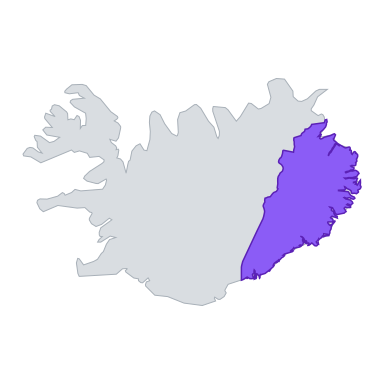 Austurland highlighted on a map of Iceland
{"feature_id": "ISL-695", "entity_name": "Austurland", "entity_type": "Region", "adm_level": 1, "iso_a3": "ISL", "parent_name": "Iceland", "parent_adm1": "", "projection": "mercator", "projection_center": [-15.126, 64.88], "detail": "fine", "context": "in_parent", "style": "filled", "palette": "violet", "viewbox_px": 384, "rotation_deg": 0, "n_neighbors": 0, "source": "natural_earth", "source_scale": "10m", "svg_char_len": 9650}
<svg xmlns="http://www.w3.org/2000/svg" viewBox="0 0 384 384"><path d="M298.1,101.1L301.7,101.4L307.4,98.8L315.8,91.0L319.3,89.4L327.3,89.4L317.6,96.8L313.9,105.0L311.2,108.9L311.3,110.7L318.1,115.6L321.4,114.0L322.8,114.6L324.2,116.9L325.0,121.5L324.5,126.3L322.5,131.0L319.8,135.0L320.2,136.2L322.3,136.9L333.6,134.5L334.8,140.3L335.9,142.2L335.5,144.2L331.1,150.4L336.3,146.5L340.5,145.4L347.6,147.3L350.6,149.6L352.3,153.5L355.8,152.3L357.4,154.5L357.5,156.9L355.9,163.5L351.7,166.7L354.2,171.4L356.3,171.5L356.7,172.6L356.5,175.4L353.2,178.7L358.6,182.3L359.2,183.6L358.9,187.8L358.0,190.1L356.4,191.5L352.5,191.7L350.1,193.3L351.0,195.8L350.2,202.8L347.1,208.4L344.3,211.5L341.5,213.4L333.8,211.2L334.1,216.1L331.3,219.1L331.8,221.6L332.8,222.9L332.3,226.1L328.8,232.7L326.3,234.8L321.3,237.4L314.2,243.4L307.0,243.3L289.2,251.8L282.2,256.5L269.6,270.2L264.3,273.7L255.3,275.4L228.1,284.3L225.1,289.7L224.9,290.8L226.2,292.9L224.1,296.6L220.0,299.4L218.1,299.3L214.7,297.1L214.3,298.1L215.6,301.0L202.3,305.5L184.0,303.1L167.7,296.6L154.8,295.2L145.7,286.1L145.4,284.7L146.4,281.9L149.7,280.7L148.1,277.9L142.6,282.8L140.8,282.6L138.5,280.7L138.4,278.8L133.8,278.0L125.9,272.1L125.3,270.8L127.2,268.9L126.8,268.5L122.5,268.8L116.3,274.2L79.2,276.4L77.9,273.5L76.4,262.9L77.7,258.4L79.2,258.8L83.6,264.9L93.5,261.5L97.5,259.3L101.3,253.5L103.4,251.6L106.4,244.2L109.5,239.6L115.8,237.5L110.2,236.1L100.8,242.1L97.6,242.1L99.1,239.5L102.3,236.6L100.1,236.4L99.3,235.0L99.2,232.3L100.8,227.8L111.9,219.8L109.3,218.2L101.6,224.4L96.0,226.5L91.5,223.7L89.3,219.9L89.4,218.3L92.1,213.5L91.7,212.5L89.8,212.1L84.9,207.6L77.1,208.1L57.8,205.5L43.3,211.7L39.8,208.8L36.9,202.7L37.5,200.3L40.0,198.9L47.1,199.1L57.6,196.2L62.4,192.6L64.2,193.5L65.1,195.2L71.6,192.5L75.0,189.4L80.8,190.9L102.6,189.2L105.4,185.0L106.6,180.0L106.1,179.0L98.1,183.6L96.2,183.5L87.0,181.1L83.6,178.4L84.7,176.1L89.6,171.4L102.1,163.4L103.9,161.8L104.1,159.9L99.1,156.4L89.7,157.4L87.3,153.3L79.5,150.9L74.3,152.4L71.5,150.0L40.8,162.8L30.8,156.9L23.7,155.9L23.0,154.1L27.2,148.4L30.0,147.4L32.9,147.9L38.3,151.9L42.1,153.1L37.4,147.3L37.1,141.7L35.7,140.3L34.2,136.6L34.8,135.3L40.5,136.1L49.5,142.6L54.0,141.4L59.7,137.3L46.8,135.0L42.8,129.9L45.7,127.2L52.3,127.5L44.9,118.7L44.5,117.1L45.8,113.2L55.1,116.6L50.2,111.4L50.1,110.2L51.5,109.2L52.2,106.0L54.5,104.7L59.2,105.8L66.6,111.9L67.6,113.6L67.9,119.8L70.8,118.9L74.2,119.7L77.0,115.5L79.0,116.5L80.5,120.3L80.3,128.5L82.3,125.6L85.7,125.4L86.2,118.6L85.6,113.2L74.4,106.9L70.1,102.3L70.6,100.7L72.7,99.3L84.4,98.2L79.4,95.5L78.1,92.7L69.3,93.8L64.9,92.7L64.8,91.2L66.6,89.1L71.9,84.8L82.1,84.4L86.2,85.6L94.0,95.1L100.3,98.9L110.8,111.7L117.5,116.5L117.9,117.8L116.8,119.2L114.2,120.9L118.1,123.1L120.6,126.4L120.7,127.8L118.5,137.9L116.0,141.2L109.8,139.3L111.3,142.5L115.7,145.9L116.7,147.8L116.1,149.7L118.2,149.1L118.8,150.1L117.9,155.8L116.8,157.9L120.5,159.0L123.0,161.9L126.1,173.2L127.8,164.5L128.6,161.3L130.1,160.1L131.9,151.1L136.1,145.8L140.0,143.8L144.0,150.1L146.9,150.7L149.9,139.6L150.3,131.5L149.4,122.4L149.9,116.0L151.9,112.1L154.5,110.9L160.1,114.7L164.7,123.8L171.7,133.5L176.6,136.0L177.4,135.6L178.3,132.5L177.6,119.6L179.9,112.7L185.7,111.0L194.4,104.7L196.4,104.5L200.7,108.2L208.5,121.2L213.9,127.2L216.8,136.7L218.1,138.5L219.3,135.5L219.4,131.3L212.8,111.4L212.7,108.7L213.3,106.5L225.3,107.6L228.0,109.8L236.3,121.2L240.4,116.5L248.6,103.1L251.3,103.5L258.3,109.0L261.0,108.5L269.1,103.6L270.9,97.3L267.4,84.3L268.9,81.7L276.4,78.5L284.5,79.1L292.9,91.1L293.2,96.7L298.1,101.1Z" fill="#d9dde1" stroke="#a8b0b8" stroke-width="1"/><path d="M326.7,119.5L327.0,121.2L327.1,122.0L326.4,123.1L326.4,124.6L325.6,126.9L323.3,129.7L321.0,131.5L320.3,132.4L320.4,133.7L319.8,134.7L318.2,136.5L319.1,136.4L319.9,135.7L321.4,133.9L320.9,135.4L320.0,137.1L319.7,138.4L320.7,139.0L321.9,138.7L324.3,137.2L330.9,135.4L333.3,134.1L334.5,133.8L335.5,134.9L334.2,138.0L333.4,138.8L333.5,139.4L334.0,140.5L336.6,142.4L337.2,143.1L335.5,143.6L334.6,144.3L333.9,146.3L332.3,148.2L331.7,149.8L329.3,152.6L328.5,154.6L328.3,155.9L328.7,155.3L329.4,153.7L331.1,152.1L332.0,150.4L335.8,144.6L336.5,144.1L337.3,144.3L339.7,146.2L338.4,144.5L338.0,143.7L344.8,147.7L345.7,147.9L349.0,147.0L349.6,147.1L350.0,147.5L350.2,148.4L350.2,149.1L350.1,149.6L349.7,149.8L349.7,150.2L350.6,150.2L351.1,150.4L351.3,150.8L351.4,151.3L351.2,152.9L351.6,153.8L352.2,154.4L353.6,152.2L354.4,151.6L355.3,151.9L355.5,152.2L355.6,153.3L356.4,153.3L357.7,154.9L357.7,156.5L357.3,157.6L356.4,159.0L356.8,160.8L356.8,161.4L355.6,162.5L355.9,163.0L355.8,165.0L354.7,165.8L351.9,165.4L350.7,166.0L351.5,166.7L353.9,167.6L354.0,168.8L353.3,169.6L352.3,170.0L350.8,170.0L348.8,171.1L346.2,171.6L345.4,172.1L345.9,172.8L350.8,170.9L352.3,171.1L355.3,170.3L356.2,170.6L357.7,171.6L358.5,172.5L359.0,173.6L358.2,174.2L357.0,176.2L356.3,176.6L352.4,177.6L348.3,177.6L346.5,178.1L344.6,178.1L345.5,178.9L349.1,178.1L353.9,178.7L356.0,178.1L357.2,178.1L357.5,178.4L357.3,178.9L356.8,179.7L356.8,180.8L356.6,181.1L355.5,181.7L353.5,182.2L353.5,182.7L355.8,182.2L356.4,182.7L356.4,183.2L355.8,183.4L355.3,184.2L356.6,184.4L357.2,185.2L357.5,184.9L358.0,183.9L358.2,183.7L359.2,181.7L360.4,180.2L360.5,182.8L360.2,185.7L360.8,186.1L361.0,186.8L360.8,187.7L360.2,188.7L359.6,189.3L358.3,189.7L357.7,190.2L358.5,191.9L358.4,192.2L356.5,193.7L354.3,193.2L352.4,193.5L351.7,193.2L350.9,190.6L348.9,189.3L347.3,188.8L345.5,187.1L344.6,186.7L344.8,187.5L345.1,188.1L345.8,188.7L344.7,189.9L338.5,190.2L338.5,190.7L348.2,191.7L348.9,192.5L349.7,194.3L351.2,195.7L354.3,197.1L354.9,198.2L353.7,199.2L352.2,199.0L349.5,197.6L346.4,198.2L344.5,197.4L344.0,197.6L345.8,199.0L350.2,200.0L352.2,201.7L352.7,202.7L352.8,203.4L352.0,203.9L351.2,204.9L350.8,205.1L347.6,203.9L346.7,204.7L350.0,206.0L350.6,206.6L350.6,207.4L349.7,207.6L346.2,207.5L345.2,207.1L344.8,207.7L344.2,208.1L344.2,208.6L345.1,209.8L346.1,211.6L345.6,211.8L344.2,213.1L337.3,214.5L336.2,214.2L335.2,213.3L334.3,210.5L333.5,209.7L332.7,208.0L332.2,207.6L329.8,207.1L330.1,207.5L331.2,207.6L331.6,208.0L331.6,208.7L331.3,210.1L331.8,210.7L333.3,211.5L333.8,211.6L333.8,213.0L334.2,214.1L335.2,215.5L336.8,216.1L337.3,216.7L337.0,217.5L337.2,218.0L332.0,216.2L330.5,217.5L331.0,218.1L332.2,218.7L332.8,219.4L333.1,220.3L333.0,220.9L332.7,221.5L332.1,221.9L328.0,221.9L327.7,222.4L328.0,223.3L328.6,224.1L329.0,224.1L329.3,224.9L329.9,225.3L330.5,225.4L330.7,224.8L331.9,224.5L333.8,221.6L334.8,220.9L335.0,221.3L334.5,222.1L331.7,225.5L331.3,226.4L331.0,229.1L330.0,230.9L329.8,231.5L329.9,233.0L329.5,233.5L329.3,234.3L328.9,235.6L325.7,236.0L322.7,237.1L324.0,236.1L328.1,234.7L327.4,234.2L323.7,233.7L323.7,235.0L322.7,236.0L322.3,236.2L321.6,237.6L319.5,239.0L318.2,240.6L317.8,241.5L318.2,240.0L318.2,239.6L317.8,240.3L317.3,240.9L316.3,241.7L316.6,242.8L317.0,243.0L317.6,242.9L318.2,242.5L318.6,244.4L317.9,244.4L317.0,245.6L316.4,245.9L315.0,245.8L313.8,244.9L312.2,243.2L311.6,243.0L310.4,244.4L309.3,244.0L308.9,244.4L309.3,244.9L309.0,245.3L307.9,245.4L308.5,243.4L308.5,243.0L307.0,243.2L306.8,242.7L306.7,241.6L306.3,240.9L305.9,240.7L305.6,241.0L305.6,241.5L306.0,242.2L306.2,243.4L304.9,242.8L304.5,242.5L304.5,242.0L304.8,241.0L304.3,239.5L303.6,238.2L302.3,236.9L300.3,236.2L302.5,237.4L303.7,240.5L303.1,241.0L302.6,240.5L302.6,241.0L303.2,241.6L303.3,242.7L303.1,243.9L302.6,244.9L301.9,245.3L300.1,244.9L299.4,245.4L300.3,245.9L301.3,245.9L300.6,246.6L298.6,247.3L296.8,247.4L295.0,248.1L294.2,248.8L293.7,247.8L292.9,249.0L290.1,251.2L292.7,250.3L293.3,250.8L292.3,251.7L284.3,254.1L283.2,255.1L284.6,255.1L284.6,255.6L282.7,257.3L281.7,257.7L280.7,258.9L279.6,259.8L279.4,260.4L279.1,259.7L278.8,259.6L278.5,259.9L278.1,260.4L278.1,260.9L278.5,260.9L278.5,261.3L276.7,262.6L276.0,262.8L276.2,261.8L274.5,263.1L273.7,264.1L273.3,265.2L273.8,265.2L274.5,264.5L273.7,266.1L273.3,266.7L271.1,268.6L269.6,271.0L268.6,271.5L269.4,270.9L269.7,270.4L269.9,269.6L265.2,273.4L261.1,274.6L260.5,274.5L260.0,273.9L260.5,274.6L261.0,274.8L260.0,275.3L260.0,277.0L259.9,277.8L259.5,278.2L259.4,277.9L259.3,276.3L258.7,275.8L257.5,274.2L256.7,273.7L256.5,273.9L256.4,274.5L256.5,277.7L256.3,278.2L255.9,277.9L255.8,277.3L256.0,275.5L255.6,274.1L255.4,273.7L255.3,274.1L255.3,276.8L255.1,277.6L255.5,278.3L255.4,278.8L254.3,279.2L254.6,277.6L254.7,276.9L254.5,276.3L254.7,275.4L255.1,275.1L255.1,274.7L254.9,274.3L255.1,271.5L254.9,270.7L254.2,269.9L254.1,270.3L254.0,272.1L254.0,272.8L254.3,273.4L253.8,273.9L252.7,274.0L252.4,274.8L252.7,275.5L253.1,277.1L253.6,277.6L253.1,278.4L251.9,278.7L249.7,278.6L248.1,277.6L247.3,278.4L247.0,278.4L246.9,277.2L243.1,279.6L241.4,280.2L241.4,267.2L241.6,265.8L242.7,261.5L257.1,230.8L262.9,218.9L263.7,216.3L264.3,213.5L264.6,211.8L264.5,210.6L264.1,208.8L263.2,206.3L263.2,205.7L263.3,205.1L264.1,203.3L264.8,202.2L264.8,201.5L264.7,200.3L265.0,198.3L265.2,198.0L266.0,198.0L267.8,197.1L270.3,196.7L272.3,194.0L273.6,192.6L276.4,191.4L277.6,189.6L277.9,189.0L277.9,188.6L277.3,188.2L277.2,187.7L277.8,183.8L277.7,180.7L277.8,179.6L277.7,178.9L278.0,177.4L278.3,176.3L279.2,175.0L280.1,173.1L282.4,171.2L283.0,169.4L283.2,168.3L282.9,166.9L282.0,165.4L281.4,164.6L279.1,163.0L278.6,162.1L278.6,161.4L278.8,160.6L279.0,159.9L280.0,158.2L280.9,157.7L281.7,156.2L282.5,153.6L282.8,151.3L282.9,150.7L283.2,150.4L283.6,150.3L293.5,152.2L293.8,149.8L294.5,147.3L294.6,146.7L294.2,144.2L294.2,141.7L293.8,140.4L293.8,138.7L294.1,137.7L301.1,135.5L301.3,134.4L302.0,133.3L304.4,131.5L304.7,131.0L305.1,129.2L307.9,128.8L309.7,127.4L311.0,126.0L311.7,124.4L324.3,122.7L325.2,119.9L326.7,119.5Z" fill="#8b5cf6" stroke="#5b21b6" stroke-width="1.5"/></svg>